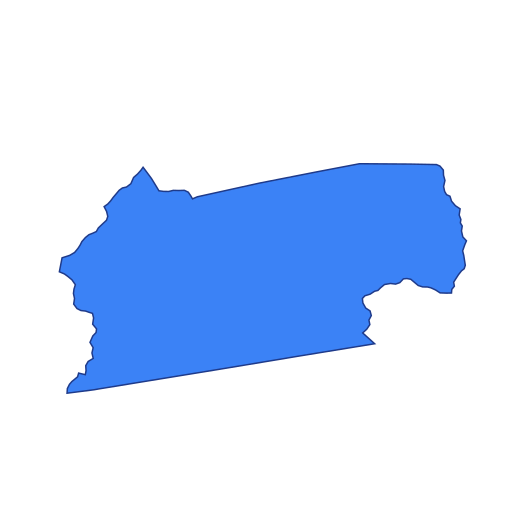 the district of Garuva, Santa Catarina, Brazil, rotated 170°
{"feature_id": "56859067B65875190206725", "entity_name": "Garuva", "entity_type": "district", "adm_level": 2, "iso_a3": "BRA", "parent_name": "Brazil", "parent_adm1": "Santa Catarina", "projection": "albers", "projection_center": [-48.862, -26.067], "detail": "fine", "context": "isolated", "style": "filled", "palette": "blue", "viewbox_px": 512, "rotation_deg": 170, "n_neighbors": 0, "source": "geoboundaries", "source_scale": "gbopen_adm2", "svg_char_len": 1944}
<svg xmlns="http://www.w3.org/2000/svg" viewBox="0 0 512 512"><g transform="rotate(170 256 256)"><path d="M159.5,164.8L155.8,168.7L155.9,173.3L152.8,177.3L153.2,182.1L157.0,185.7L158.9,191.2L158.6,195.7L155.7,197.9L150.2,198.6L145.3,200.7L141.9,200.9L138.8,203.1L134.4,205.6L128.4,205.6L123.4,204.1L119.0,204.8L114.8,207.9L111.3,207.6L107.6,206.2L105.0,203.1L101.4,198.8L97.2,196.6L92.5,195.7L89.3,194.3L85.1,191.4L81.1,187.7L75.0,186.4L69.9,185.6L69.0,189.1L65.9,191.8L65.9,195.9L63.5,198.5L59.9,202.4L56.2,205.7L53.2,207.3L51.5,210.5L51.4,215.7L51.3,220.6L51.6,225.2L48.4,230.9L46.1,234.4L49.0,238.9L49.3,245.0L47.7,249.7L49.0,253.1L47.9,256.4L48.8,261.1L46.8,267.0L50.9,270.9L53.9,276.0L54.6,281.2L57.7,283.3L59.0,286.8L59.2,291.8L56.8,297.6L57.3,303.0L56.6,308.1L59.2,312.6L62.4,314.7L89.0,319.9L138.0,328.9L182.3,328.3L239.9,327.2L303.5,324.5L308.6,323.3L309.8,326.6L311.6,330.6L315.1,333.1L320.7,333.9L326.1,335.0L330.8,334.7L335.9,335.7L340.3,337.1L342.0,341.6L345.5,350.5L349.7,358.9L351.8,363.0L354.6,360.3L358.4,357.3L362.9,354.6L366.7,348.9L371.6,346.4L375.8,346.2L379.3,344.5L383.0,341.4L386.6,338.4L389.6,335.5L393.0,332.9L397.0,331.0L395.4,325.8L395.1,320.7L397.0,317.2L401.9,314.0L406.4,311.0L409.0,307.8L412.8,306.8L416.8,306.0L420.8,303.8L425.0,300.4L427.3,297.3L430.0,294.4L434.0,291.0L439.3,289.0L442.8,288.5L447.3,287.9L452.4,274.6L447.8,271.6L444.8,268.5L441.4,264.5L438.9,259.1L441.0,255.0L442.3,250.8L442.1,245.7L443.9,240.3L441.4,235.3L437.9,232.7L433.5,231.4L430.1,229.5L427.0,227.9L426.7,223.2L428.7,217.2L425.7,211.9L426.8,208.4L430.6,205.6L434.5,199.8L432.3,194.0L434.4,189.0L434.1,183.4L439.6,181.3L442.7,177.6L443.3,172.5L444.7,168.8L447.8,170.1L451.0,171.5L452.7,168.0L456.2,166.0L459.2,164.3L462.0,162.0L464.8,158.2L465.9,153.7L438.9,152.4L433.6,152.4L311.6,150.8L253.6,150.2L246.5,150.1L242.2,150.1L232.2,150.0L154.4,149.0L164.3,161.7L159.5,164.8Z" fill="#3b82f6" stroke="#1e3a8a" stroke-width="1.5"/></g></svg>